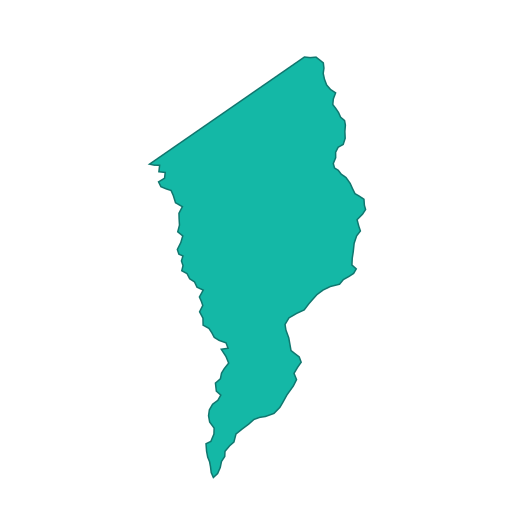 outline of Combinado, Tocantins, Brazil, rotated 229°
{"feature_id": "56859067B5842714986780", "entity_name": "Combinado", "entity_type": "district", "adm_level": 2, "iso_a3": "BRA", "parent_name": "Brazil", "parent_adm1": "Tocantins", "projection": "natural_earth1", "projection_center": [-46.528, -12.835], "detail": "fine", "context": "isolated", "style": "filled", "palette": "teal", "viewbox_px": 512, "rotation_deg": 229, "n_neighbors": 0, "source": "geoboundaries", "source_scale": "gbopen_adm2", "svg_char_len": 1997}
<svg xmlns="http://www.w3.org/2000/svg" viewBox="0 0 512 512"><g transform="rotate(229 256 256)"><path d="M136.1,205.5L142.5,207.7L144.8,214.7L146.2,220.4L151.5,222.4L156.9,221.3L161.7,220.4L166.7,223.4L172.7,227.0L180.5,230.0L185.3,233.0L187.7,240.3L186.0,249.1L183.7,257.0L185.3,264.6L186.1,270.5L186.9,276.6L186.3,284.4L184.2,292.1L179.9,300.5L180.9,306.5L179.6,312.6L178.8,318.2L180.5,323.2L186.3,322.5L191.2,327.2L195.6,332.4L201.2,338.4L205.2,345.2L206.4,351.2L211.0,353.1L217.1,356.1L217.7,364.0L219.2,369.2L223.2,371.1L228.0,374.7L233.8,373.1L238.1,371.6L243.4,373.0L249.0,374.7L256.2,375.4L261.9,374.0L266.7,374.3L270.9,373.0L275.1,375.0L277.9,380.6L282.1,384.2L284.2,389.4L283.0,395.0L286.3,400.5L291.7,404.8L296.1,409.3L300.1,411.7L305.2,410.9L310.1,412.4L314.9,413.0L319.9,413.3L323.8,417.4L326.9,423.1L332.7,421.5L338.7,421.5L344.6,423.7L349.7,426.5L353.2,430.5L357.6,433.5L366.7,431.8L370.2,427.0L374.4,423.1L395.2,235.9L391.2,238.9L387.7,242.8L383.3,238.0L378.6,242.3L374.7,238.0L375.9,231.1L370.7,229.7L365.3,232.4L361.2,234.9L356.0,233.3L349.0,230.2L341.5,232.8L338.8,225.9L334.8,222.6L329.5,218.5L325.6,212.8L319.2,213.9L315.5,208.1L312.5,200.9L308.0,199.0L304.0,200.9L301.2,196.5L296.6,194.6L293.6,190.3L287.9,192.4L282.3,191.0L276.8,192.6L271.1,191.0L264.9,193.8L262.2,186.4L257.9,185.1L253.6,183.4L250.9,176.8L243.9,175.2L238.5,170.7L232.2,173.0L227.1,172.3L222.0,171.1L216.5,172.8L210.1,176.4L204.7,174.4L208.4,168.6L199.8,167.4L193.1,165.1L191.8,158.1L190.2,153.1L186.7,148.6L186.7,142.0L180.0,137.4L174.1,138.2L172.1,132.5L172.6,126.0L170.5,119.9L166.6,115.4L161.1,112.1L153.6,111.5L149.2,107.4L145.7,100.3L147.1,95.1L141.2,90.7L135.9,87.6L131.2,86.0L126.8,83.4L121.9,80.1L116.8,78.5L117.0,84.3L119.8,90.2L123.6,95.2L125.2,100.9L128.9,104.4L130.1,111.8L130.1,117.3L134.8,124.1L134.5,132.2L133.9,140.6L134.0,147.2L131.8,152.9L128.7,157.8L125.4,166.3L126.1,174.7L128.0,180.4L130.9,188.3L133.4,198.9L136.1,205.5Z" fill="#14b8a6" stroke="#0f766e" stroke-width="1.5"/></g></svg>